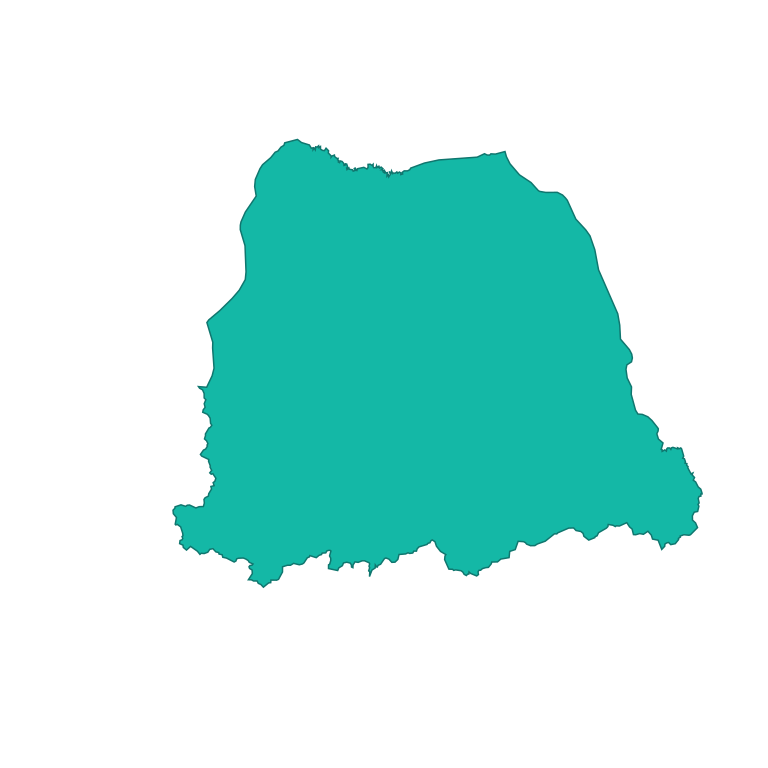 Xaychamphone, Bolikhamxai, Laos, rotated 157°
{"feature_id": "54806243B24736520064001", "entity_name": "Xaychamphone", "entity_type": "district", "adm_level": 2, "iso_a3": "LAO", "parent_name": "Laos", "parent_adm1": "Bolikhamxai", "projection": "orthographic", "projection_center": [104.92, 18.569], "detail": "fine", "context": "isolated", "style": "filled", "palette": "teal", "viewbox_px": 768, "rotation_deg": 157, "n_neighbors": 0, "source": "geoboundaries", "source_scale": "gbopen_adm2", "svg_char_len": 6171}
<svg xmlns="http://www.w3.org/2000/svg" viewBox="0 0 768 768"><g transform="rotate(157 384 384)"><path d="M555.8,454.1L555.4,452.2L553.3,449.5L553.3,445.5L555.0,441.4L554.1,439.2L557.2,436.1L557.8,432.4L560.5,430.9L561.9,428.8L558.6,425.3L557.9,423.6L557.4,420.4L559.0,415.6L558.6,413.3L560.9,411.9L562.3,411.9L567.9,407.8L568.5,406.2L570.7,403.6L569.5,401.0L569.4,397.9L570.8,396.9L570.7,395.9L573.6,393.8L576.0,393.7L580.5,390.9L580.0,388.9L574.8,383.0L575.7,381.4L575.9,376.5L576.6,375.5L576.4,371.8L579.1,370.3L578.3,368.5L576.6,368.3L575.6,362.9L577.8,360.5L579.8,360.0L580.1,356.8L583.4,357.3L583.8,354.7L588.2,351.5L589.5,349.4L593.1,349.2L594.8,348.1L595.9,344.6L598.1,341.8L602.1,343.3L605.6,343.4L610.3,348.6L612.5,349.3L614.4,348.9L618.1,352.1L624.3,352.6L625.1,351.3L627.5,350.3L628.6,346.9L627.2,342.2L631.0,336.5L630.7,335.6L629.2,335.6L627.0,332.0L627.6,325.4L628.3,322.9L629.5,322.5L629.6,320.4L630.8,319.5L632.9,319.6L634.5,316.9L632.0,314.2L632.6,312.0L630.7,308.3L625.5,310.1L621.1,303.0L620.0,299.1L618.4,299.6L615.8,298.2L611.9,298.0L609.0,299.9L605.8,299.2L604.4,295.2L602.0,293.4L602.3,291.9L599.7,290.1L600.1,287.5L597.0,285.3L591.5,278.7L589.5,278.9L588.0,280.6L586.0,280.5L581.5,278.8L579.7,277.0L578.0,274.6L577.7,272.5L574.9,269.5L576.3,268.8L578.3,269.3L579.7,268.5L579.8,266.7L578.1,264.3L579.3,260.9L585.3,256.8L582.6,255.6L581.0,253.6L577.8,252.3L577.6,249.6L575.7,247.6L574.4,244.1L567.9,246.0L565.9,245.4L564.7,247.7L559.5,245.4L557.4,245.4L550.9,250.6L548.8,255.4L543.7,254.9L540.9,253.7L537.3,254.2L532.6,250.7L529.4,250.2L527.6,250.6L522.5,254.0L520.2,254.0L519.3,255.0L514.2,250.6L510.6,251.7L508.2,251.4L507.0,252.5L503.6,251.3L501.8,252.7L500.4,252.6L498.7,252.0L498.1,251.0L501.3,247.0L501.1,244.5L502.0,242.3L504.4,239.4L505.7,239.2L507.2,235.8L499.5,230.4L497.5,232.4L493.3,233.0L491.2,235.1L487.9,234.5L485.1,232.4L484.7,230.4L485.4,228.2L484.4,227.1L483.2,229.5L480.2,231.6L477.5,229.9L473.3,229.8L471.0,228.9L467.5,225.2L467.5,224.0L469.0,222.1L469.0,220.5L471.1,218.0L470.5,216.6L472.6,212.4L467.8,217.4L464.0,218.1L462.7,220.8L462.2,218.4L461.6,218.1L460.4,219.4L457.6,219.4L451.8,223.1L450.2,223.1L447.9,220.9L446.5,216.8L443.5,215.7L439.8,217.1L436.8,221.2L430.4,219.1L427.9,219.3L426.6,218.0L423.6,217.2L421.9,218.5L419.4,217.5L417.9,219.3L415.4,220.4L407.1,219.5L405.7,220.2L403.8,219.9L402.0,221.4L400.5,221.6L398.7,218.9L399.1,214.2L397.4,207.8L393.7,202.8L395.1,201.8L396.8,198.7L396.6,188.2L393.2,186.6L392.7,185.2L390.7,184.9L386.0,182.0L384.9,180.0L384.6,177.5L383.0,175.5L381.3,176.3L380.2,175.9L379.2,177.8L378.3,175.8L373.7,171.1L371.5,171.7L370.8,174.4L369.3,175.4L367.8,174.8L365.5,175.6L362.1,175.2L359.5,174.4L355.6,176.5L354.4,178.0L349.0,175.9L344.9,177.2L336.7,175.3L333.7,180.8L327.9,180.3L322.0,186.8L317.1,184.3L315.8,182.7L315.3,180.9L312.3,177.9L308.3,176.3L305.3,176.8L297.0,176.3L285.6,179.5L283.5,178.5L282.2,179.1L270.3,179.2L265.7,177.4L264.5,174.1L260.4,171.3L259.1,168.7L259.5,165.7L256.5,160.3L250.0,160.2L249.2,161.0L247.2,161.0L244.6,163.3L235.7,164.4L233.6,165.3L232.5,167.1L228.4,164.5L226.8,162.4L225.6,162.7L222.8,161.3L214.7,161.5L213.8,156.5L212.3,153.5L213.2,147.9L211.2,146.9L207.1,146.4L203.9,144.3L198.6,145.3L197.0,140.5L197.4,136.3L192.7,133.1L193.0,123.2L189.0,124.9L188.1,126.8L185.9,127.3L183.9,126.9L182.8,124.1L178.3,123.2L173.6,125.7L173.3,126.8L171.0,127.3L170.8,128.3L166.9,128.1L162.3,125.6L160.8,125.5L151.5,129.3L151.5,134.4L153.2,138.2L151.6,142.2L148.5,144.8L145.1,144.1L141.9,148.5L142.0,150.5L140.4,151.4L139.5,155.9L137.9,157.4L136.1,157.0L135.4,158.9L134.2,158.5L133.9,159.2L133.5,163.4L135.0,166.5L135.4,172.1L136.9,174.6L134.7,176.6L135.9,180.0L134.5,181.4L136.5,181.3L137.1,188.2L136.4,189.2L137.2,190.8L136.3,192.4L137.8,193.5L136.9,194.7L136.7,197.8L138.0,199.0L136.3,200.5L135.4,208.0L135.8,209.2L137.2,209.0L138.6,210.5L138.8,209.5L139.3,209.7L142.8,212.8L144.2,212.9L145.5,211.7L145.9,213.4L147.8,214.3L148.8,214.0L150.3,211.9L151.2,213.6L154.3,213.3L153.7,214.9L154.4,215.5L150.2,220.7L152.9,226.1L152.3,231.6L150.1,233.6L149.0,235.6L149.2,236.9L151.6,245.6L153.9,250.7L158.1,255.1L162.0,257.1L162.7,261.7L160.5,277.8L157.3,284.6L157.8,294.5L155.5,303.0L153.0,306.7L147.5,307.7L145.2,310.9L144.3,314.7L144.7,319.8L148.8,332.9L144.0,346.1L141.4,357.3L141.9,405.2L137.5,425.2L136.5,439.8L138.1,447.1L143.0,460.8L143.5,481.5L144.3,484.4L145.8,488.2L149.6,492.7L160.2,497.1L165.5,500.5L166.5,502.0L169.9,511.9L177.6,523.6L182.0,537.5L182.5,545.4L181.8,550.7L191.6,552.1L195.7,554.1L197.3,553.4L199.6,554.5L201.5,556.7L209.6,556.4L245.9,568.8L260.5,571.6L275.1,572.3L276.5,571.2L279.1,571.0L282.1,572.3L284.5,571.7L284.8,570.0L286.7,570.2L286.0,571.7L287.0,573.1L289.1,572.7L289.3,574.2L291.4,573.6L292.8,574.5L293.7,574.2L293.8,577.2L294.8,575.8L296.1,577.0L296.4,576.3L295.6,574.9L298.7,572.8L298.3,574.9L300.0,574.2L298.4,577.3L300.9,577.9L301.5,578.8L300.0,579.0L300.4,580.4L299.7,581.0L301.8,580.4L301.7,581.8L302.6,582.2L300.9,582.7L301.9,584.8L303.6,584.5L303.6,586.5L304.5,586.3L304.2,585.1L305.0,586.3L305.9,586.0L305.6,587.8L306.9,586.4L308.8,587.0L309.1,588.3L308.2,590.5L309.6,589.9L310.8,591.7L312.9,592.4L314.0,589.6L315.7,588.6L317.9,591.3L324.1,592.5L325.5,591.2L326.2,594.1L327.2,593.9L326.8,591.8L329.2,592.0L329.2,593.4L332.1,595.3L331.9,596.6L334.3,595.8L334.0,597.5L332.7,597.7L332.4,601.0L333.4,601.7L334.2,600.7L335.4,600.8L334.8,602.5L335.6,605.2L337.1,606.4L338.4,605.1L339.3,606.2L338.4,607.5L339.1,608.5L338.1,609.6L339.2,610.0L340.6,612.7L340.2,614.1L342.8,614.2L344.0,613.5L343.5,614.6L345.0,618.4L343.9,620.4L345.2,623.7L347.6,622.1L349.1,622.9L350.7,624.8L349.7,627.4L351.6,627.0L351.1,628.8L353.0,628.2L354.2,629.0L355.8,626.4L356.1,628.3L357.7,627.4L356.9,629.1L358.8,629.5L359.3,633.2L365.6,638.5L368.1,642.9L381.1,644.8L382.9,642.8L386.3,642.3L390.6,639.9L393.6,639.9L399.8,636.6L410.1,633.3L414.1,630.6L422.5,622.6L425.9,616.3L428.2,606.9L444.4,596.5L452.3,589.1L454.2,586.3L456.0,582.2L457.9,565.6L467.2,541.1L470.9,534.3L480.6,526.9L490.3,522.1L506.5,515.7L520.2,511.5L523.0,509.8L525.3,489.3L527.7,484.1L534.3,464.9L539.0,458.7L548.5,450.3L555.8,454.1Z" fill="#14b8a6" stroke="#0f766e" stroke-width="1.5"/></g></svg>